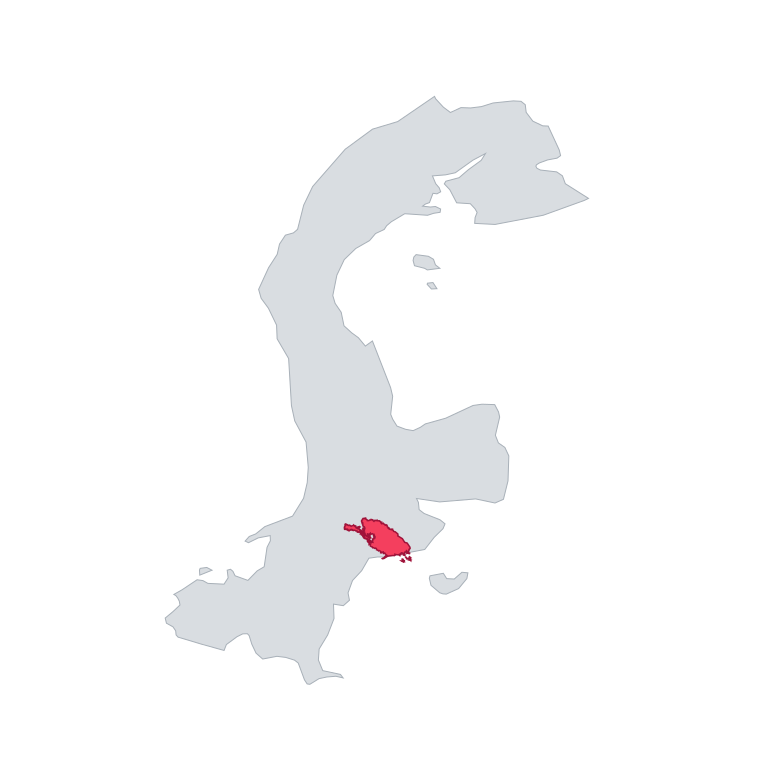 Las Palmas, Veraguas, Panama (highlighted), rotated 286°
{"feature_id": "35544464B23901142884801", "entity_name": "Las Palmas", "entity_type": "district", "adm_level": 2, "iso_a3": "PAN", "parent_name": "Panama", "parent_adm1": "Veraguas", "projection": "natural_earth1", "projection_center": [-81.526, 8.102], "detail": "fine", "context": "in_parent", "style": "filled", "palette": "rose", "viewbox_px": 768, "rotation_deg": 286, "n_neighbors": 0, "source": "geoboundaries", "source_scale": "gbopen_adm2", "svg_char_len": 9103}
<svg xmlns="http://www.w3.org/2000/svg" viewBox="0 0 768 768"><g transform="rotate(286 384 384)"><path d="M674.4,353.3L672.4,355.0L666.5,364.7L663.3,373.0L670.9,381.8L673.2,391.1L677.5,401.2L684.2,411.4L691.8,430.3L693.5,437.8L691.4,442.8L684.3,445.8L677.7,454.6L675.9,465.4L677.2,470.7L657.3,487.9L652.2,490.8L648.8,488.1L644.5,479.5L639.4,472.5L636.7,470.1L635.1,470.0L633.5,471.6L632.8,475.4L635.5,491.5L633.3,498.1L626.5,503.1L618.8,529.4L615.8,526.1L590.2,490.7L568.0,446.8L563.4,426.9L569.1,425.7L574.6,426.2L577.6,423.1L581.1,417.3L578.2,403.9L588.9,393.7L593.0,386.8L596.0,387.6L603.0,399.3L613.2,406.0L625.8,415.8L633.5,418.0L623.7,407.8L606.7,394.3L602.0,385.5L597.4,373.2L590.8,378.5L587.8,383.0L584.4,385.5L581.4,382.5L580.8,378.5L570.9,377.7L568.3,374.1L565.6,372.1L566.9,379.8L568.8,384.5L567.8,390.2L564.5,390.6L561.8,384.7L558.2,379.4L553.4,357.0L542.1,346.4L536.9,342.9L532.6,341.6L526.3,334.4L517.9,330.6L506.5,319.5L492.6,311.5L475.6,308.7L454.9,310.4L448.0,314.8L443.3,320.5L441.1,323.1L428.9,329.5L424.3,338.8L421.4,346.7L415.3,355.6L422.2,361.0L382.4,391.3L374.6,395.7L356.7,398.8L352.5,402.1L347.1,408.1L346.4,417.2L347.2,424.9L352.4,430.9L357.0,434.7L368.1,452.7L387.9,475.5L391.6,483.8L394.7,496.1L388.7,501.8L384.1,504.3L365.4,505.2L358.9,510.2L356.3,517.7L349.3,523.8L325.1,529.9L306.1,530.6L300.2,523.5L298.8,503.8L286.0,470.0L282.9,446.8L279.7,449.7L272.9,452.4L270.6,458.2L268.9,475.3L266.4,481.2L261.2,480.6L250.4,474.5L236.2,468.8L217.9,432.5L216.0,425.6L212.4,417.5L198.4,414.0L186.4,407.9L173.3,407.0L166.6,410.4L159.7,406.0L158.5,396.1L144.8,400.6L127.2,399.0L111.4,394.7L100.6,397.0L91.6,404.1L92.8,422.2L90.2,425.7L89.8,418.3L86.6,409.8L82.9,402.8L74.9,395.5L74.5,392.8L77.7,389.1L92.1,378.5L93.9,374.1L94.1,364.9L92.7,356.1L86.2,343.2L90.0,335.2L97.4,328.7L105.0,323.7L106.3,321.5L104.9,317.1L100.5,312.3L90.1,304.3L83.8,303.7L83.6,280.5L83.9,255.8L85.5,253.3L89.3,251.8L92.4,248.1L94.1,240.8L98.7,238.2L106.9,243.8L115.3,248.8L118.8,247.1L121.4,244.7L123.2,242.3L123.8,240.0L130.5,246.6L144.3,258.3L145.1,264.1L143.8,269.6L147.5,285.4L154.7,287.6L161.8,284.6L163.6,287.5L162.3,290.4L158.6,293.7L157.7,307.3L169.4,313.6L175.3,319.2L194.8,316.6L202.0,318.0L206.9,316.4L201.4,305.5L194.1,297.5L194.7,293.8L200.3,296.5L204.5,302.0L214.1,308.8L231.8,332.5L252.0,338.2L268.0,337.4L282.9,334.2L306.7,325.1L323.9,308.4L337.7,301.0L382.2,285.3L398.0,268.8L404.7,266.6L411.0,264.5L425.0,252.0L432.5,242.3L440.4,237.4L464.0,241.0L479.2,245.6L489.7,245.0L499.9,248.2L504.3,255.3L508.9,258.3L533.8,257.5L554.2,261.0L599.0,282.0L625.8,302.7L640.0,324.8L674.4,353.3ZM225.6,516.7L219.8,517.3L207.9,512.1L199.2,501.8L198.5,498.5L198.7,495.1L203.4,484.7L209.8,481.1L212.3,481.1L218.4,493.2L214.2,497.9L215.9,505.3L224.5,510.8L225.6,516.7ZM512.7,400.6L510.6,405.8L505.6,394.2L506.4,391.2L506.1,380.7L510.8,377.9L514.3,377.7L517.2,379.2L519.0,391.5L517.5,397.2L512.7,400.6ZM158.8,264.2L157.6,270.0L149.5,259.6L154.3,257.9L156.1,258.1L158.8,264.2ZM495.0,403.1L490.2,408.6L488.4,403.4L491.7,398.0L492.9,398.0L495.0,403.1Z" fill="#d9dde1" stroke="#a8b0b8" stroke-width="1"/><path d="M220.9,430.5L221.6,430.9L221.7,431.4L221.0,432.1L220.0,434.3L219.7,434.0L219.5,433.1L216.7,431.6L216.0,430.6L215.7,430.4L215.6,430.7L216.2,432.0L219.2,434.7L220.1,436.1L221.7,440.1L221.8,441.2L222.4,441.8L223.3,441.4L223.5,443.8L224.2,445.6L223.5,445.9L223.4,446.5L224.0,446.3L224.7,447.3L225.1,446.7L225.4,446.9L225.5,446.7L225.9,447.2L226.1,447.0L226.6,447.4L226.7,448.0L226.5,448.7L225.5,449.2L226.1,449.8L226.0,450.1L225.7,450.2L225.1,449.9L225.0,449.5L224.8,451.3L225.4,450.6L225.8,451.1L227.4,450.2L227.5,450.4L228.1,450.3L228.4,450.8L228.3,451.0L228.9,451.5L229.9,451.5L229.6,452.2L228.5,452.8L228.6,453.1L228.3,452.3L228.0,452.7L227.5,452.7L228.1,453.7L227.9,454.1L228.5,454.3L228.1,455.3L228.5,455.3L228.7,453.9L229.6,453.7L230.6,454.0L230.8,453.8L231.7,453.6L232.0,454.0L232.3,453.8L233.1,454.4L234.3,453.9L237.5,450.1L237.5,447.5L240.4,444.3L241.8,439.1L242.5,439.1L243.7,438.6L245.0,435.6L245.0,433.9L245.9,433.1L246.0,432.3L246.8,432.2L246.7,431.5L246.5,431.4L246.3,431.5L246.3,431.1L245.9,430.9L246.3,429.6L246.0,429.3L246.3,429.0L246.1,428.8L246.3,428.4L246.6,428.4L246.6,427.9L247.0,428.0L247.2,427.6L247.3,427.7L247.6,426.5L249.0,425.9L249.2,425.5L248.9,425.4L249.0,424.8L248.5,424.1L249.2,423.7L249.3,422.5L250.0,421.8L249.8,421.1L249.2,420.8L249.0,420.3L249.8,419.2L250.5,419.6L250.5,418.8L251.2,417.6L250.9,417.4L251.1,416.9L250.7,415.2L251.2,414.8L250.7,414.5L250.4,413.7L250.6,412.9L249.2,412.2L249.8,411.0L250.3,410.7L250.1,410.2L250.3,410.0L250.2,409.6L250.3,408.9L249.6,408.7L249.2,407.5L248.5,407.1L248.1,405.6L248.8,405.2L249.1,403.9L250.1,403.3L249.8,402.6L249.3,402.6L249.1,401.0L248.2,400.6L247.6,400.8L246.8,400.1L245.9,400.2L244.7,401.0L245.0,401.5L244.7,401.8L244.4,401.8L244.1,401.5L243.8,402.0L243.5,401.9L243.4,402.3L242.1,402.7L242.0,403.0L241.5,403.2L241.3,404.5L240.3,404.9L240.0,404.4L239.8,404.7L240.0,405.4L239.0,405.4L239.1,404.1L239.4,403.6L238.6,403.5L238.4,403.8L238.7,403.8L238.9,404.5L238.5,404.5L237.3,405.7L236.8,405.1L237.3,404.4L237.0,404.5L236.7,403.8L236.4,404.1L236.4,403.7L236.7,403.5L236.6,403.2L235.6,403.6L236.1,402.8L235.5,402.5L235.8,402.3L235.4,401.9L234.9,401.8L234.6,402.7L235.0,402.7L235.0,403.6L235.5,403.8L235.1,404.9L235.5,405.2L235.7,404.1L236.0,404.4L235.7,405.3L235.8,405.8L235.4,406.8L233.6,407.7L233.4,408.3L233.6,408.8L233.2,408.7L233.3,408.4L233.0,408.0L233.3,407.9L233.2,407.0L233.0,406.7L232.3,406.9L232.2,406.1L231.6,405.8L231.2,406.8L230.8,406.6L230.4,407.1L230.3,407.7L230.7,408.1L230.2,408.3L230.4,408.9L230.1,409.4L230.7,409.7L230.6,410.6L229.7,410.8L229.7,411.2L228.7,411.3L228.9,412.0L228.8,412.3L228.1,411.8L227.9,411.8L227.1,413.1L227.0,413.7L225.5,413.9L226.2,415.1L224.5,415.5L224.1,416.7L224.2,417.5L223.4,418.4L223.8,419.0L223.4,420.5L224.0,421.3L223.5,422.2L222.6,422.5L222.7,422.9L222.1,424.8L222.5,424.9L222.6,425.3L222.1,427.1L221.9,427.3L221.2,427.1L220.8,427.3L220.9,428.0L221.7,428.6L222.4,429.5L221.4,430.3L220.9,430.2L220.9,430.5ZM228.2,413.7L229.5,414.7L229.7,414.4L229.3,414.3L229.5,414.0L229.4,413.0L229.9,413.2L230.2,413.0L229.8,412.9L230.1,412.3L231.2,412.5L231.8,412.0L232.1,412.6L232.0,413.2L232.3,413.5L232.4,413.2L232.8,413.2L233.0,412.6L233.5,412.6L233.9,411.5L233.8,411.2L233.5,411.1L233.0,412.0L232.3,411.7L232.2,411.0L232.7,410.7L232.7,409.9L233.3,410.0L233.3,410.6L233.4,410.3L233.6,410.4L233.5,411.0L233.8,411.1L234.2,410.8L234.7,411.1L234.8,411.9L235.1,412.4L235.5,412.2L235.1,411.8L235.5,411.3L235.3,411.2L235.3,410.5L235.0,410.3L234.9,409.7L235.4,409.5L235.4,411.1L236.5,411.8L236.1,411.9L235.7,411.4L235.7,412.4L236.6,412.4L236.1,413.1L236.9,414.1L236.6,414.7L236.7,415.8L235.7,415.7L235.7,416.3L235.2,416.1L235.0,416.8L234.6,416.6L234.5,417.2L234.0,416.9L233.8,417.1L233.9,417.6L233.4,417.7L233.0,417.1L233.0,416.5L232.2,416.3L232.1,415.6L231.9,416.2L231.7,415.8L231.0,416.3L230.3,416.1L230.1,416.3L229.9,416.0L229.1,416.2L228.7,416.7L228.6,416.1L228.3,415.7L228.6,415.2L228.2,415.2L228.6,414.9L227.9,414.7L227.9,414.0L227.6,413.7L228.1,413.1L227.6,413.0L227.9,412.7L228.3,412.9L228.9,412.5L229.1,413.2L228.7,413.1L228.8,413.3L228.2,413.7ZM234.5,398.9L234.3,399.6L234.8,400.2L234.6,400.5L235.0,400.8L234.8,401.4L235.4,401.7L236.2,401.6L236.3,402.2L237.1,402.2L237.3,401.8L237.1,401.6L237.0,400.8L237.5,400.5L237.8,399.3L237.6,398.3L238.2,398.0L238.0,397.2L238.6,397.2L238.6,396.4L239.3,396.2L239.2,395.9L239.5,395.9L239.4,395.5L239.7,395.6L239.9,394.8L239.5,393.7L239.9,393.5L239.4,393.2L238.6,392.0L238.1,391.6L238.7,390.6L238.5,390.3L238.8,389.6L238.2,388.9L238.6,387.9L238.3,387.6L238.4,386.9L238.8,386.7L238.9,385.6L238.6,385.3L237.9,385.3L237.0,385.9L236.4,385.5L235.5,385.4L234.6,385.6L234.6,386.1L234.1,386.1L234.2,386.3L233.6,386.4L233.9,386.9L233.7,387.4L234.2,387.9L234.1,388.7L234.4,388.9L234.3,389.2L233.5,389.1L233.6,390.0L233.3,390.1L233.2,390.9L233.7,391.0L234.1,391.8L234.7,392.0L234.7,392.8L235.0,392.3L235.4,393.2L234.9,395.3L235.4,396.0L235.3,397.0L235.0,397.2L235.3,398.4L235.1,398.9L234.5,398.9ZM232.3,405.8L232.9,405.8L233.6,406.5L234.1,406.2L234.3,406.6L234.7,406.6L234.8,406.3L234.5,405.7L234.8,405.3L234.5,405.0L235.1,404.4L234.3,403.5L234.6,402.8L233.4,402.6L233.5,403.1L233.0,403.6L233.5,403.8L232.6,404.8L232.3,405.8ZM222.7,455.4L222.6,455.1L222.5,455.4L222.7,456.7L221.7,456.5L221.7,457.1L222.0,457.5L221.6,458.3L221.9,458.2L222.3,458.5L222.5,457.6L222.7,457.3L223.0,458.1L223.1,455.3L222.7,455.4ZM218.9,450.4L218.7,449.5L218.5,450.0L218.7,451.1L218.1,451.7L218.5,452.3L218.7,451.4L218.9,451.9L219.5,451.9L219.5,452.2L219.8,452.2L219.7,451.7L220.0,450.6L219.7,450.2L219.7,449.7L219.4,450.4L218.9,450.4ZM240.0,400.4L240.2,399.7L239.8,399.6L239.7,398.8L239.3,398.2L238.3,398.2L238.4,398.9L239.2,399.1L239.1,400.0L240.0,400.4ZM220.8,449.8L220.4,449.8L220.3,450.8L220.7,450.8L220.8,449.8ZM222.7,453.8L222.8,453.3L222.4,453.9L222.7,453.8ZM224.7,456.6L224.9,456.1L224.6,456.1L224.7,456.6ZM223.2,453.0L223.0,453.3L223.3,453.2L223.2,453.0ZM224.5,457.1L224.7,456.9L224.6,456.7L224.5,456.9L224.5,457.1Z" fill="#f43f5e" stroke="#9f1239" stroke-width="1.5"/></g></svg>